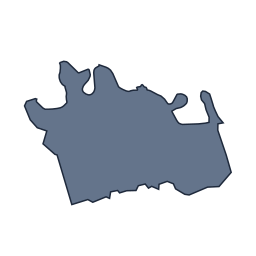 Tensas, Louisiana, United States of America (Robinson projection), rotated 253°
{"feature_id": "52423323B9748869428654", "entity_name": "Tensas", "entity_type": "district", "adm_level": 2, "iso_a3": "USA", "parent_name": "United States of America", "parent_adm1": "Louisiana", "projection": "robinson", "projection_center": [-91.232, 31.991], "detail": "fine", "context": "isolated", "style": "filled", "palette": "slate", "viewbox_px": 256, "rotation_deg": 253, "n_neighbors": 0, "source": "geoboundaries", "source_scale": "gbopen_adm2", "svg_char_len": 2370}
<svg xmlns="http://www.w3.org/2000/svg" viewBox="0 0 256 256"><g transform="rotate(253 128 128)"><path d="M203.7,80.3L201.2,79.3L198.9,77.7L196.5,77.0L195.1,76.8L192.1,76.9L189.2,77.8L188.5,78.2L186.2,80.0L185.4,79.7L180.1,79.6L178.6,79.2L176.2,78.1L173.0,77.4L170.7,77.2L169.9,76.7L168.0,73.1L167.4,71.4L167.1,69.3L167.4,65.9L168.2,61.5L169.1,57.9L170.2,54.2L170.9,53.5L172.1,52.4L179.5,48.3L180.5,48.2L181.0,48.4L182.3,49.2L183.2,48.0L183.1,38.8L179.4,35.5L164.4,36.9L154.8,41.3L148.9,49.5L137.7,42.1L124.2,50.4L123.0,52.3L71.2,51.9L71.3,68.7L67.3,72.6L68.6,86.9L66.1,89.8L72.0,92.7L71.3,99.8L68.4,101.0L68.4,108.4L65.9,117.4L69.8,121.0L69.4,128.1L64.5,130.0L65.3,133.6L60.4,139.4L65.1,141.2L65.5,149.9L61.4,155.1L55.9,155.7L48.0,162.9L46.1,166.9L48.2,186.8L45.4,197.9L55.4,213.7L73.4,214.0L99.6,213.2L105.7,215.2L105.1,220.5L112.6,217.4L118.8,216.5L123.7,216.0L124.3,216.1L131.8,216.1L136.6,216.0L140.3,212.8L141.5,210.3L140.4,208.3L137.2,206.8L133.5,206.5L128.9,208.4L124.4,208.1L122.6,208.0L114.6,208.7L109.7,207.1L110.0,203.5L111.3,196.7L115.5,181.1L116.3,179.7L117.7,178.1L119.1,177.4L121.1,176.8L130.9,174.8L131.3,174.9L132.5,179.7L132.2,184.4L132.5,186.2L132.9,187.8L133.8,189.9L134.6,191.2L135.2,191.7L136.3,192.4L138.6,193.2L140.7,193.1L142.7,191.9L144.3,190.1L145.2,188.5L145.9,185.2L145.7,184.6L141.0,179.9L139.3,178.1L138.9,177.4L138.7,176.7L138.6,175.4L139.0,174.0L139.4,173.4L140.0,173.0L144.9,171.4L148.9,168.9L151.3,166.0L156.8,160.5L157.9,159.1L158.6,157.8L159.1,157.3L160.2,157.5L161.3,157.2L161.7,157.0L162.2,156.0L162.7,155.5L164.5,154.8L165.3,154.2L165.2,153.4L164.0,152.1L164.4,148.7L164.1,148.1L162.1,148.4L161.6,148.1L161.5,147.8L162.6,144.0L162.8,141.6L162.7,140.0L163.0,138.8L164.0,137.1L166.3,134.4L168.4,132.3L170.2,131.0L184.4,129.4L188.4,128.2L190.8,126.6L192.6,124.7L196.9,118.8L195.7,118.2L195.4,116.4L194.9,114.5L194.3,113.5L193.2,112.4L191.0,111.4L182.0,109.4L176.0,108.1L174.1,107.1L172.6,105.9L171.8,104.7L171.1,103.4L170.9,102.5L170.9,101.4L171.0,100.5L171.4,99.6L172.8,97.7L174.9,96.1L176.0,95.6L177.7,95.5L179.1,96.0L181.0,97.4L182.3,99.0L185.3,103.9L188.5,106.8L190.0,107.5L194.9,107.8L195.6,107.5L195.9,106.8L195.1,97.6L195.2,96.9L195.6,96.4L199.7,94.2L208.1,89.6L209.3,88.6L210.6,86.0L210.5,83.8L210.4,81.6L210.5,81.6L208.0,81.7L206.1,81.2L204.0,80.5L203.7,80.3Z" fill="#64748b" stroke="#1e293b" stroke-width="1.5"/></g></svg>